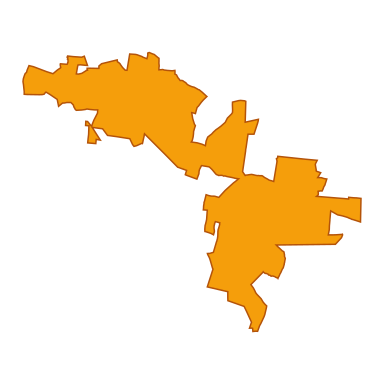 Sudzal, Yucatán, Mexico
{"feature_id": "50627088B33781638054164", "entity_name": "Sudzal", "entity_type": "district", "adm_level": 2, "iso_a3": "MEX", "parent_name": "Mexico", "parent_adm1": "Yucatán", "projection": "orthographic", "projection_center": [-88.879, 20.784], "detail": "fine", "context": "isolated", "style": "filled", "palette": "amber", "viewbox_px": 384, "rotation_deg": 0, "n_neighbors": 0, "source": "geoboundaries", "source_scale": "gbopen_adm2", "svg_char_len": 5921}
<svg xmlns="http://www.w3.org/2000/svg" viewBox="0 0 384 384"><path d="M227.9,300.7L244.1,306.4L246.6,311.5L251.5,322.2L249.5,328.2L251.5,328.1L252.6,328.3L252.9,331.5L255.6,331.2L257.6,331.3L259.6,325.7L260.8,323.6L264.0,316.8L264.8,314.6L266.4,307.8L266.7,305.9L265.2,304.5L263.2,302.2L261.1,298.7L256.9,294.3L255.7,292.7L254.9,290.9L253.4,288.0L250.9,284.6L263.0,272.2L263.2,271.8L263.6,272.3L264.4,272.8L265.1,273.4L266.4,273.5L267.9,274.1L268.2,274.4L268.5,274.9L268.8,275.1L269.9,275.2L271.1,276.2L271.7,276.1L272.0,276.0L273.2,276.1L275.1,276.8L275.6,277.2L277.1,277.9L277.5,277.7L277.8,277.9L278.0,278.3L278.5,277.1L279.0,276.3L279.6,274.9L279.8,274.3L280.8,272.6L281.1,271.9L281.8,270.3L282.2,269.3L283.0,268.2L283.4,267.3L283.7,266.1L284.2,264.5L284.2,264.2L284.3,263.6L284.3,263.3L284.6,262.4L284.8,261.0L285.3,258.4L284.5,256.4L284.5,255.6L284.5,254.8L284.1,252.9L284.0,252.0L283.8,251.8L283.3,251.4L282.3,250.9L279.5,248.2L278.0,246.9L276.2,245.0L335.4,244.3L341.5,237.7L342.6,234.9L342.4,234.2L341.8,234.4L335.9,234.8L332.7,234.9L328.3,234.9L328.6,233.2L329.2,230.2L329.3,229.2L329.4,225.8L329.9,220.4L329.9,219.8L330.7,210.9L337.2,214.6L337.8,214.9L339.2,215.2L341.2,215.6L342.5,215.9L346.6,217.1L348.0,217.6L349.2,218.2L350.6,218.7L351.4,219.1L352.0,219.4L352.7,219.5L356.5,220.7L360.5,222.0L361.0,198.4L356.5,197.9L353.9,197.8L348.7,197.3L348.6,199.0L343.5,198.5L340.6,198.3L319.8,196.6L316.6,196.4L317.1,196.0L318.2,194.8L318.3,194.2L318.3,192.9L318.2,192.5L318.1,191.3L320.6,190.9L322.1,191.0L322.8,189.6L323.2,188.6L323.9,186.6L324.7,185.5L325.1,184.4L325.5,183.0L325.8,182.2L326.8,179.0L324.8,178.7L323.5,178.4L322.1,177.9L321.5,177.7L318.9,177.6L317.7,177.6L320.7,172.7L316.4,171.2L316.3,170.7L316.1,170.3L316.2,169.8L315.3,164.6L315.6,163.5L317.2,160.3L305.2,159.2L298.5,158.5L282.4,156.8L277.8,156.3L277.6,157.9L276.4,158.7L277.1,161.2L276.9,161.6L276.9,162.2L273.7,181.5L272.2,181.0L271.8,180.8L270.0,180.4L269.0,180.0L267.4,179.0L264.6,177.5L262.6,176.0L261.9,175.7L259.8,175.7L258.3,175.5L257.6,175.6L256.7,175.5L255.2,175.2L252.7,174.6L252.1,174.5L251.4,174.4L249.9,174.6L249.1,174.7L248.6,174.8L247.4,175.0L246.2,175.1L245.9,175.1L245.2,175.5L242.6,171.7L244.1,161.4L245.6,151.1L245.7,149.5L246.1,147.5L248.0,134.2L254.0,134.2L256.2,127.5L257.6,123.2L258.2,120.9L258.4,119.3L245.2,122.2L245.8,101.3L244.6,100.8L240.6,100.4L238.7,100.6L232.5,102.1L232.4,104.8L232.6,109.9L232.5,112.5L231.6,113.9L227.4,118.1L225.2,122.4L221.0,126.1L218.2,128.2L216.0,129.7L213.4,132.1L211.6,134.1L209.7,135.5L207.7,137.1L206.1,141.1L205.4,145.7L202.0,144.2L197.1,142.8L191.3,142.0L192.3,140.4L193.1,137.0L193.5,133.9L193.6,131.5L194.8,127.4L195.4,125.7L194.4,124.1L192.7,118.6L192.4,116.7L191.7,112.6L193.2,112.9L195.4,113.6L197.0,107.7L197.5,107.0L198.4,106.2L201.3,102.3L203.3,100.0L206.9,96.5L206.5,96.2L202.3,92.3L199.2,89.8L198.1,89.5L197.1,88.8L194.1,87.2L192.0,86.7L190.7,86.2L188.5,85.2L187.4,84.5L186.5,83.6L185.9,82.8L185.3,82.4L183.8,81.5L183.3,81.0L182.8,80.8L181.9,80.4L181.0,80.5L180.1,80.5L179.0,78.9L178.0,77.8L176.5,74.9L174.9,74.0L175.0,71.6L174.9,70.4L172.2,70.8L168.4,70.5L167.0,70.4L165.7,70.2L164.5,70.1L162.7,69.5L161.1,69.7L158.9,69.8L159.0,67.3L159.2,66.0L158.9,62.9L159.0,61.7L159.0,58.3L158.1,57.7L154.3,54.5L153.5,54.2L152.8,54.0L149.2,52.5L147.8,53.0L147.7,53.7L147.8,54.6L147.6,56.1L146.9,58.7L143.0,57.2L141.9,56.5L136.9,54.7L135.4,54.4L129.7,54.0L127.0,70.3L125.2,70.2L122.5,67.4L120.7,64.9L120.0,63.7L119.0,62.8L117.4,61.7L117.2,59.9L101.6,63.7L98.9,66.0L98.9,68.4L88.0,68.2L87.1,68.3L87.5,70.2L86.5,70.2L85.6,71.1L85.4,71.1L81.9,73.3L79.4,73.9L78.4,74.1L76.3,73.9L77.6,66.5L78.0,65.0L80.3,64.8L87.5,65.5L84.3,56.2L81.7,57.2L77.4,56.9L77.2,56.9L73.0,56.6L67.6,56.0L67.3,56.6L67.2,57.3L67.8,57.4L67.5,59.2L68.0,59.3L68.0,62.3L67.6,62.8L67.5,63.7L67.1,64.3L60.4,63.8L60.2,64.8L60.7,67.6L60.5,67.9L57.4,70.0L53.0,73.7L46.7,71.7L33.5,66.7L29.0,65.6L27.1,70.2L26.5,72.4L25.2,73.5L24.5,75.2L23.4,78.5L23.2,79.7L23.0,81.6L23.5,84.9L24.2,91.5L24.2,94.3L27.2,94.5L39.4,94.7L42.3,94.6L44.1,94.2L45.7,92.2L46.2,92.2L49.7,94.3L57.2,99.4L58.6,106.3L62.5,103.1L64.5,103.0L66.8,102.5L70.9,102.5L73.2,104.8L73.3,105.1L74.2,107.6L74.7,108.2L75.3,109.5L76.3,110.3L81.6,110.0L85.3,109.5L86.9,109.0L90.3,109.5L94.7,109.9L97.7,109.9L97.5,113.1L93.8,120.3L91.9,125.2L91.9,125.7L90.9,125.6L87.6,121.5L85.8,121.3L85.6,125.5L88.9,125.8L88.6,134.4L88.1,138.6L87.7,142.9L95.8,143.6L96.2,139.4L100.3,140.1L92.2,127.4L102.6,128.8L107.5,135.4L116.3,136.6L129.8,138.7L132.6,144.6L134.0,146.4L136.6,145.7L140.6,143.9L141.6,143.4L142.4,143.6L142.6,143.0L143.3,139.6L144.1,136.1L144.3,134.6L144.5,133.8L166.5,155.8L177.7,167.2L186.6,170.4L185.7,173.3L185.3,174.7L186.1,175.1L196.9,179.1L198.9,173.8L199.1,171.1L199.6,169.3L201.5,165.6L201.9,165.6L203.4,165.9L208.8,166.8L209.6,167.2L212.2,169.7L215.7,173.9L216.5,174.6L217.5,174.9L218.6,175.5L221.2,175.3L221.8,175.4L222.6,175.5L223.7,176.1L225.0,175.9L226.8,176.5L230.5,177.2L233.3,177.8L235.1,178.3L238.6,178.8L235.5,181.4L233.6,182.8L227.4,188.4L225.1,190.5L218.8,197.4L214.7,196.2L211.1,196.1L209.4,195.7L208.8,195.6L206.1,194.7L204.6,200.8L204.0,202.6L204.0,203.7L203.6,205.9L203.5,208.3L203.3,209.9L206.6,210.1L207.3,210.2L207.1,212.5L206.9,215.5L206.6,219.4L206.2,221.4L205.5,224.2L205.1,225.5L204.8,229.2L204.9,231.5L205.5,231.6L208.9,232.7L211.1,233.5L213.5,234.8L214.0,233.0L214.3,232.0L214.4,231.3L214.4,230.8L214.0,228.1L214.1,226.2L214.2,225.4L214.5,224.6L214.6,223.6L215.0,222.7L215.4,221.6L219.8,222.8L219.6,223.6L219.7,224.3L219.2,226.4L218.3,229.2L218.0,230.2L218.1,230.6L217.9,231.6L217.9,232.6L217.8,236.0L217.4,238.8L217.0,240.2L216.8,241.2L216.5,241.7L215.9,243.8L215.6,244.8L213.4,252.3L212.9,252.5L211.4,252.9L209.8,253.4L209.1,253.4L208.7,253.4L207.4,253.5L207.7,254.5L209.3,257.6L210.0,259.5L210.6,261.5L212.5,268.1L213.0,269.1L207.3,286.9L227.8,291.7L227.8,297.3L227.9,300.7Z" fill="#f59e0b" stroke="#b45309" stroke-width="1.5"/></svg>